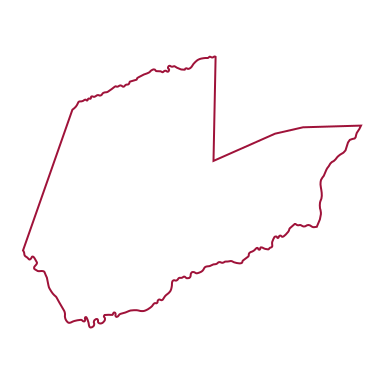 San Fernando, Ocotepeque, Honduras
{"feature_id": "27666195B54888668150426", "entity_name": "San Fernando", "entity_type": "district", "adm_level": 2, "iso_a3": "HND", "parent_name": "Honduras", "parent_adm1": "Ocotepeque", "projection": "equal_earth", "projection_center": [-89.101, 14.691], "detail": "fine", "context": "isolated", "style": "outline", "palette": "rose", "viewbox_px": 384, "rotation_deg": 0, "n_neighbors": 0, "source": "geoboundaries", "source_scale": "gbopen_adm2", "svg_char_len": 5866}
<svg xmlns="http://www.w3.org/2000/svg" viewBox="0 0 384 384"><path d="M168.4,66.5L168.0,67.4L168.0,68.0L168.2,68.5L168.9,69.1L169.1,69.6L169.1,70.0L168.7,71.1L168.4,71.4L168.0,71.7L167.3,71.7L166.2,70.9L165.2,70.7L164.2,71.1L163.0,72.1L162.4,72.2L160.6,71.3L157.8,71.2L156.3,71.1L155.8,70.8L155.3,70.1L154.8,69.6L153.8,69.4L153.1,69.5L151.5,70.3L150.7,70.9L149.6,72.1L148.6,72.7L146.8,73.5L143.9,74.5L138.3,77.4L137.2,78.2L136.8,79.3L136.5,79.7L130.0,81.6L129.6,82.1L129.2,83.4L128.7,84.1L128.0,84.5L126.5,84.6L125.9,84.8L125.2,85.3L124.3,86.3L123.8,86.6L123.3,86.7L122.8,86.6L121.5,85.7L120.4,85.4L119.4,85.7L118.1,86.5L117.4,86.7L116.8,86.7L115.8,86.3L115.5,86.3L114.5,86.9L111.8,89.0L107.6,91.9L106.7,92.2L104.7,92.4L103.3,92.9L102.6,93.5L101.6,94.9L100.8,95.4L99.8,95.6L98.4,95.1L97.6,95.1L96.8,95.4L95.5,96.3L94.4,96.8L93.6,96.8L92.4,96.4L91.8,96.4L91.3,96.6L91.1,96.9L90.9,98.1L90.6,98.6L90.1,98.8L89.1,98.5L88.5,98.6L88.0,99.1L87.6,100.1L87.1,100.5L86.6,100.4L85.8,99.7L85.3,99.7L84.5,99.9L83.2,100.8L82.1,101.2L81.1,101.4L79.8,101.4L79.1,101.6L78.6,101.9L78.3,102.3L77.1,104.8L75.9,106.6L74.2,108.3L72.4,109.7L23.0,250.5L23.6,251.3L24.0,252.3L24.2,253.1L24.4,254.7L24.8,255.7L25.7,256.5L27.2,257.5L29.0,259.3L29.6,259.5L30.4,259.2L31.3,258.1L31.9,256.9L32.3,256.6L32.9,256.6L33.6,257.0L34.6,258.3L36.9,262.4L37.0,262.9L36.8,263.6L36.4,264.4L34.7,266.3L34.2,267.1L34.1,267.8L34.1,268.3L34.3,268.8L34.7,269.2L37.7,271.0L38.9,271.2L41.5,271.0L42.9,271.1L43.8,271.4L44.5,272.1L45.8,275.3L46.9,277.7L48.4,285.2L48.9,287.2L49.5,288.5L51.3,291.5L52.8,293.6L54.2,295.1L56.0,296.7L56.5,297.4L59.2,302.3L64.2,310.9L64.6,311.9L64.9,313.2L65.0,314.2L64.9,316.6L65.3,318.5L65.7,319.5L66.3,320.6L67.1,321.6L67.9,322.4L68.8,322.8L69.7,322.8L70.8,322.5L72.9,321.5L74.3,321.0L77.3,320.3L80.3,319.9L81.3,319.9L81.9,320.2L83.1,321.2L83.8,321.4L84.3,321.4L84.8,321.0L85.1,320.3L85.2,319.5L84.9,318.5L85.0,317.8L85.4,317.2L86.0,317.1L86.4,317.4L86.8,318.0L87.6,319.8L88.5,322.6L89.0,325.4L89.4,326.6L89.7,327.0L90.1,327.3L90.6,327.5L91.1,327.4L91.8,327.3L92.7,326.8L93.4,326.2L93.9,325.6L94.1,324.9L94.2,324.3L94.2,323.6L93.8,322.3L94.0,321.1L94.3,320.5L94.7,320.0L96.0,319.1L97.0,319.0L97.7,319.5L98.0,320.3L98.0,321.5L98.1,322.2L98.5,322.8L99.1,323.2L100.1,323.5L101.2,323.4L102.3,323.0L103.2,322.3L104.4,320.9L104.8,320.2L104.9,319.6L105.0,318.9L104.9,318.2L104.6,317.6L104.1,317.0L103.9,316.3L104.2,315.5L104.7,315.0L108.3,314.8L112.3,314.9L112.8,314.5L113.2,313.4L113.6,312.8L114.0,312.5L114.5,312.5L115.1,312.8L115.5,313.5L115.6,314.2L115.4,315.3L115.6,316.1L116.1,316.7L116.7,316.9L117.4,316.6L118.0,316.3L119.4,314.5L120.4,313.9L125.4,312.5L129.3,310.9L130.6,310.5L134.0,310.2L136.6,310.2L138.0,310.4L140.5,311.0L142.5,311.1L143.8,311.0L145.4,310.5L147.7,309.4L150.5,307.5L152.0,306.2L153.5,304.1L154.4,303.3L155.1,303.1L156.3,303.3L157.0,303.0L157.5,302.4L157.6,301.2L157.8,300.6L158.2,300.1L158.6,299.8L159.1,299.5L159.7,299.5L161.0,300.1L161.6,300.2L162.2,300.0L162.8,299.6L164.4,297.1L165.1,296.1L166.1,295.1L168.6,293.1L169.8,291.8L170.5,290.8L171.1,289.4L171.6,287.4L171.9,285.6L172.0,283.0L172.2,281.9L172.6,281.0L173.4,280.4L174.1,280.2L175.6,280.6L176.5,280.5L177.5,279.8L178.5,278.4L179.0,278.0L179.7,277.8L180.9,277.9L181.8,277.8L182.5,277.5L183.5,276.8L184.1,276.6L184.9,276.8L185.9,277.7L186.7,278.2L187.8,278.2L189.1,278.0L189.8,277.5L190.3,276.8L190.6,275.9L190.7,274.5L190.9,273.6L191.4,272.8L192.0,272.2L192.9,272.0L193.8,272.1L194.5,272.3L195.6,273.0L196.5,273.3L197.5,273.2L199.3,272.6L201.1,271.8L202.4,270.9L203.3,269.8L204.5,267.7L204.9,267.3L205.6,266.8L207.0,266.4L209.0,266.2L209.9,266.0L213.4,264.4L215.3,264.2L216.2,264.0L217.0,263.6L218.2,262.5L219.1,262.1L220.0,262.1L221.6,262.7L222.5,262.8L223.6,262.5L224.7,261.8L225.2,261.6L228.0,261.5L230.9,261.0L231.9,261.2L234.1,262.3L236.7,263.0L239.5,263.4L240.6,263.3L241.4,263.1L241.9,262.8L242.2,262.4L242.6,261.0L243.0,260.5L248.3,256.5L248.7,255.7L248.8,254.5L248.9,253.9L249.2,253.3L249.5,252.9L250.6,252.1L252.3,251.5L253.4,250.9L254.5,250.1L255.9,248.6L256.7,248.0L257.2,247.9L257.6,248.0L258.0,248.4L258.4,249.3L259.1,249.7L259.5,249.7L259.9,249.4L260.2,248.8L260.3,248.0L260.5,247.7L260.8,247.4L261.3,247.4L262.4,247.6L264.1,248.5L265.2,248.9L268.2,249.4L268.8,249.1L269.4,248.3L270.0,247.8L271.6,247.2L272.0,246.7L272.3,246.0L272.1,243.6L272.1,242.6L272.3,241.7L273.4,239.0L274.3,237.3L274.6,236.9L275.3,236.5L276.3,236.5L276.8,236.8L277.3,237.7L277.9,238.0L278.5,237.6L279.1,236.3L279.4,235.9L279.8,235.7L280.3,235.6L280.8,235.7L281.3,236.1L281.8,236.6L282.2,236.8L282.9,236.7L283.7,236.3L285.7,234.6L288.2,231.8L288.9,230.6L289.5,228.7L289.9,228.2L294.7,224.0L295.5,224.0L296.6,224.8L297.5,225.2L298.3,225.3L300.0,225.0L300.7,225.1L302.7,226.2L303.8,226.5L305.2,226.3L307.0,225.3L308.3,225.0L309.3,225.2L310.0,225.4L312.0,226.7L313.0,227.1L313.9,227.2L316.8,226.8L319.9,219.4L320.9,214.2L320.9,212.5L320.5,210.0L320.0,208.3L319.8,205.3L320.0,202.7L320.4,201.2L321.4,198.6L321.8,195.9L321.7,192.8L321.3,189.9L320.9,187.6L320.5,184.5L320.6,182.0L321.0,180.0L322.4,177.6L323.8,175.8L326.4,169.7L327.3,168.1L328.7,166.3L330.3,163.6L331.8,162.1L333.8,161.0L335.5,159.4L337.2,157.2L338.3,156.1L340.2,154.6L343.4,152.7L345.5,150.4L348.0,142.5L349.8,139.9L352.3,139.0L354.6,138.5L355.6,137.3L356.2,134.7L356.8,132.9L359.4,128.9L361.0,125.6L303.0,127.3L275.0,133.7L213.5,160.9L215.6,56.9L214.9,56.5L214.4,56.5L214.0,56.7L213.1,57.3L212.2,57.5L211.4,57.3L210.3,56.8L209.7,56.7L209.2,57.0L208.4,57.7L207.8,58.0L205.2,58.0L203.5,58.2L201.2,58.6L199.5,59.1L197.5,60.1L195.5,61.8L193.5,63.9L191.6,66.8L190.4,68.0L189.3,68.6L188.3,68.9L187.6,68.8L186.7,68.3L185.9,68.4L185.3,68.7L184.8,69.6L184.4,69.7L181.5,69.5L180.7,69.3L176.9,67.7L175.0,66.5L174.3,66.2L173.7,66.3L172.6,66.7L171.8,66.7L171.1,66.5L170.1,65.9L169.5,65.8L168.9,66.0L168.4,66.5Z" fill="none" stroke="#9f1239" stroke-width="2"/></svg>